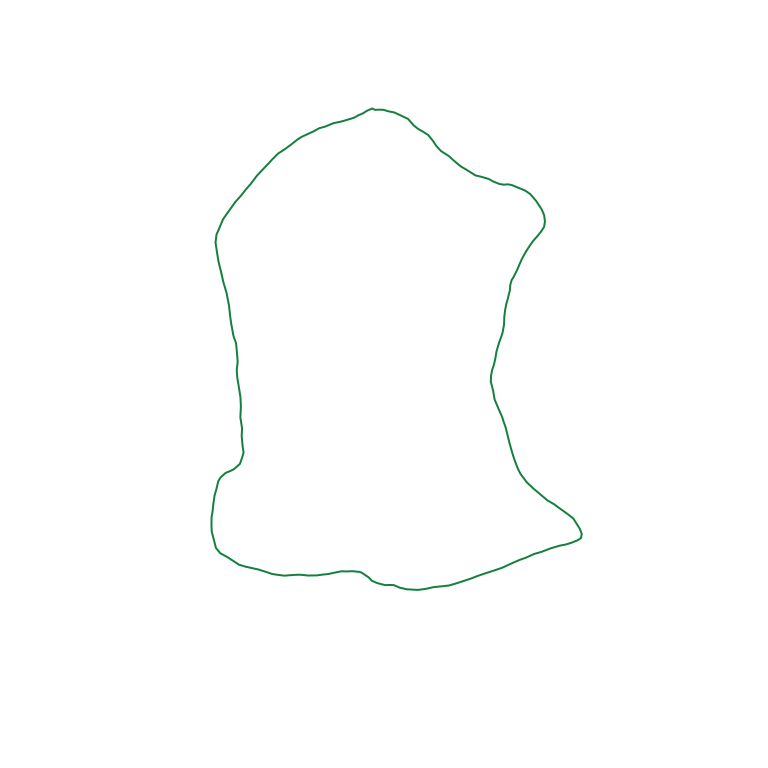 the district of Faadhippolhu, Maldives, rotated 230°
{"feature_id": "70690204B52357859866053", "entity_name": "Faadhippolhu", "entity_type": "district", "adm_level": 2, "iso_a3": "MDV", "parent_name": "Maldives", "parent_adm1": "", "projection": "orthographic", "projection_center": [73.502, 5.401], "detail": "fine", "context": "isolated", "style": "outline", "palette": "green", "viewbox_px": 768, "rotation_deg": 230, "n_neighbors": 0, "source": "geoboundaries", "source_scale": "gbopen_adm2", "svg_char_len": 2662}
<svg xmlns="http://www.w3.org/2000/svg" viewBox="0 0 768 768"><g transform="rotate(230 384 384)"><path d="M426.3,618.2L435.6,618.1L441.9,616.3L447.8,613.1L454.1,609.9L457.3,607.3L459.7,603.9L462.9,601.1L468.4,598.1L473.6,596.1L480.1,591.8L485.1,588.1L493.9,585.3L501.6,582.6L509.6,581.2L517.3,580.1L525.8,577.4L533.0,577.1L539.0,577.8L546.4,577.9L551.9,576.2L557.5,574.1L562.8,573.0L571.7,572.8L576.4,570.6L581.6,568.2L585.6,566.3L590.0,562.7L594.4,559.8L597.2,556.7L599.8,553.3L602.6,552.1L604.3,546.4L604.8,542.2L606.3,537.1L607.2,532.3L610.2,525.2L612.9,519.2L616.3,512.9L619.0,504.4L621.6,498.7L622.7,492.9L624.7,485.5L626.2,480.0L626.9,474.8L627.2,465.6L627.6,459.2L628.6,450.9L627.9,442.7L627.2,437.7L626.1,427.6L625.3,420.8L623.0,410.8L621.7,402.7L620.3,396.0L618.9,386.7L615.9,375.0L613.7,366.6L609.7,358.9L606.1,351.7L600.7,345.9L594.0,341.8L584.5,336.1L573.9,330.9L565.5,326.5L555.3,322.1L543.6,315.6L535.4,310.1L528.4,305.7L517.6,299.6L510.4,296.9L503.4,292.1L495.3,286.4L489.5,280.3L483.5,275.9L478.6,273.0L472.2,269.2L466.1,265.5L459.0,260.1L450.6,252.4L441.3,246.8L435.7,241.6L427.5,235.9L421.8,232.4L419.0,228.3L415.4,222.2L415.2,214.3L416.1,210.6L417.7,205.5L417.5,198.9L416.2,194.8L414.1,191.9L410.9,187.6L407.3,182.3L401.1,175.4L397.0,171.2L392.5,166.0L386.9,161.2L381.6,157.1L375.0,154.0L366.5,149.9L359.6,149.8L351.7,152.9L345.6,154.7L338.8,156.8L332.8,160.7L322.7,168.5L315.2,173.3L310.6,176.0L305.8,180.2L301.1,184.6L297.8,189.3L294.5,193.8L291.7,197.3L286.1,202.7L280.5,209.6L277.7,214.1L274.1,219.4L272.7,222.2L267.9,231.0L264.0,235.4L261.0,239.4L255.8,244.5L253.9,245.6L245.6,248.0L241.2,248.2L235.6,251.0L229.2,255.6L226.0,259.6L223.7,262.2L218.1,265.0L212.2,269.4L204.4,277.7L200.4,284.0L196.5,291.5L192.5,297.3L187.9,304.2L184.9,311.0L182.6,316.7L179.1,325.5L176.5,333.1L174.1,339.3L171.4,345.9L167.4,356.0L164.6,366.3L162.0,375.0L159.7,381.2L157.3,389.7L154.2,396.7L150.8,406.5L147.1,414.9L144.2,420.1L142.1,425.0L139.8,432.0L139.4,435.9L142.0,439.1L147.2,440.9L159.4,442.6L167.0,440.9L175.5,438.7L182.2,437.1L189.8,434.4L207.6,431.3L216.7,430.2L227.5,430.8L233.0,432.1L241.8,435.1L249.5,438.3L257.7,442.0L264.8,445.5L272.6,449.3L278.0,451.3L282.8,453.3L291.4,455.8L301.1,458.8L305.5,461.4L308.9,463.4L317.1,467.3L321.4,471.2L325.0,475.6L328.0,480.4L331.4,485.0L336.7,491.2L341.7,498.7L344.8,504.1L347.0,507.7L352.5,514.3L358.2,519.4L363.3,524.9L367.0,529.6L369.8,533.7L374.9,540.7L378.8,544.5L381.5,548.5L382.6,551.8L385.5,558.7L388.4,564.4L391.2,570.1L394.3,578.2L396.2,584.4L397.8,590.6L398.9,597.9L399.9,602.6L401.5,607.7L405.1,611.8L410.4,615.2L416.3,617.0L426.3,618.2Z" fill="none" stroke="#15803d" stroke-width="2"/></g></svg>